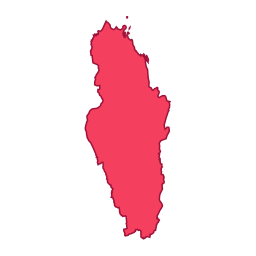 Khlong Thom, Krabi, Thailand, rotated 178°
{"feature_id": "78962969B45717742719747", "entity_name": "Khlong Thom", "entity_type": "district", "adm_level": 2, "iso_a3": "THA", "parent_name": "Thailand", "parent_adm1": "Krabi", "projection": "equal_earth", "projection_center": [99.206, 7.914], "detail": "fine", "context": "isolated", "style": "filled", "palette": "rose", "viewbox_px": 256, "rotation_deg": 178, "n_neighbors": 0, "source": "geoboundaries", "source_scale": "gbopen_adm2", "svg_char_len": 5869}
<svg xmlns="http://www.w3.org/2000/svg" viewBox="0 0 256 256"><g transform="rotate(178 128 128)"><path d="M115.0,17.2L114.9,17.6L114.0,18.4L113.5,18.3L112.8,19.0L110.1,18.1L110.1,18.8L109.6,19.3L109.7,21.0L108.3,21.0L106.9,21.8L106.0,22.7L105.8,23.5L105.3,24.7L104.1,24.7L102.9,29.7L103.0,30.3L102.4,30.9L102.1,32.0L101.0,32.6L100.8,33.9L100.3,34.1L99.9,34.8L100.5,35.8L102.1,36.2L102.2,36.7L101.7,36.7L101.5,37.1L102.0,37.9L101.9,39.3L101.0,40.6L99.2,44.3L97.7,46.4L96.3,48.9L96.4,49.8L97.3,52.1L98.5,53.5L99.2,55.5L98.7,59.6L98.3,60.9L95.6,66.0L95.9,66.7L95.8,68.1L96.0,70.1L95.7,70.8L95.3,70.8L95.1,71.5L94.1,71.7L93.7,72.4L94.3,75.6L93.9,76.3L94.0,76.6L93.8,77.3L94.0,77.5L93.8,78.5L94.3,79.1L94.4,79.9L95.6,80.2L95.7,80.6L96.4,80.8L96.0,83.3L96.5,84.2L96.2,85.1L96.3,86.2L96.1,86.3L95.7,87.5L95.1,87.9L95.5,88.5L95.5,90.7L96.0,90.6L97.0,91.8L97.0,92.8L96.8,93.2L97.4,93.9L97.0,94.5L97.0,94.9L97.4,94.8L98.0,95.4L97.6,96.1L97.1,96.0L97.1,96.5L97.6,97.1L98.0,98.2L97.4,100.4L98.2,101.0L98.3,101.4L97.1,102.0L96.4,103.7L97.3,105.5L97.0,109.0L97.3,111.5L96.6,112.8L95.3,114.4L90.3,116.0L89.3,119.1L86.9,123.2L87.0,126.6L87.3,127.2L88.0,127.5L89.0,127.3L90.9,125.5L91.5,127.3L91.7,129.9L89.4,137.2L87.4,142.6L86.5,144.1L87.1,144.7L85.9,146.9L85.5,149.8L85.9,151.9L85.5,152.4L85.8,152.5L85.3,153.0L87.5,153.5L88.2,153.9L89.2,157.8L89.6,158.6L90.3,159.0L92.4,159.1L95.7,157.4L96.5,157.6L97.1,159.1L96.0,161.1L95.6,162.9L95.8,163.8L97.2,165.0L96.8,166.8L97.1,167.4L97.7,167.5L98.6,166.8L99.9,166.4L101.4,165.0L102.0,164.9L102.5,165.1L103.3,167.1L105.6,168.5L105.7,169.3L105.3,173.0L106.1,177.3L106.4,185.6L107.7,188.8L108.3,192.8L108.1,195.7L108.4,195.7L109.5,198.8L110.3,199.1L110.7,200.5L111.4,200.7L113.0,199.9L114.9,201.2L115.6,202.5L117.4,204.6L117.3,205.0L118.2,205.6L118.8,207.0L118.6,207.4L118.9,208.7L120.2,211.1L120.5,215.0L121.0,216.2L121.4,216.3L121.6,215.9L122.1,215.7L123.3,216.3L124.7,217.8L125.0,219.8L126.2,220.9L126.9,220.7L127.8,218.6L128.7,219.0L128.5,219.8L129.3,220.8L129.6,221.9L129.6,222.9L128.7,225.8L127.8,226.7L126.9,227.2L126.4,228.4L126.5,229.7L127.7,230.6L128.9,230.4L129.6,229.5L129.5,228.8L129.7,228.0L131.8,226.3L134.8,227.3L135.5,228.8L136.2,229.5L137.0,228.1L138.2,227.1L138.9,226.9L141.2,228.0L142.1,229.5L142.4,231.7L144.2,233.8L145.0,234.5L145.7,234.5L146.2,235.5L149.7,228.4L151.0,226.5L152.2,225.6L154.2,226.2L154.6,226.0L154.7,225.4L154.2,224.1L154.6,222.5L155.1,222.5L155.7,223.2L156.1,222.9L156.0,222.1L156.2,221.7L156.9,222.5L157.2,221.6L157.6,221.8L157.6,222.3L158.1,222.8L158.3,222.3L159.0,222.1L158.5,221.8L158.5,221.3L159.0,221.0L159.1,219.8L159.5,219.6L160.1,218.7L160.1,217.7L161.0,216.9L161.4,217.1L161.5,216.5L161.3,216.1L161.7,215.9L161.5,215.5L161.8,215.3L161.5,213.9L162.1,213.1L161.5,211.8L161.5,211.3L161.2,211.1L161.0,209.7L161.4,209.3L161.3,208.6L161.7,208.1L161.7,207.6L162.2,207.3L162.4,206.4L162.7,206.4L162.8,206.0L162.4,204.1L162.7,203.5L162.2,202.4L162.3,201.9L161.9,201.9L161.2,201.5L161.1,200.9L161.4,200.0L161.1,199.2L160.9,195.5L160.6,194.3L156.6,192.5L155.3,191.4L155.6,189.0L155.1,187.9L155.1,186.2L157.0,183.2L157.6,182.8L158.1,181.3L159.3,179.6L158.7,178.2L159.6,175.2L159.8,172.4L157.8,171.4L156.5,171.2L154.8,171.5L154.8,168.1L155.3,167.6L156.7,167.6L157.0,165.2L155.8,164.0L155.1,161.7L153.9,160.7L152.9,158.1L152.2,157.4L152.0,156.3L152.2,155.4L153.0,154.1L154.0,153.4L154.9,150.9L158.0,148.9L163.4,148.2L165.0,146.9L165.8,146.0L166.9,143.5L168.2,142.1L168.7,141.1L168.2,137.0L169.0,135.5L170.5,130.6L170.7,128.3L169.7,125.5L169.6,123.2L168.9,119.1L168.1,118.1L167.8,116.9L165.8,114.6L164.0,110.6L161.3,103.8L160.8,101.4L160.1,100.8L160.6,99.7L159.5,99.3L159.8,97.8L159.3,96.7L159.8,94.8L159.2,93.0L159.3,92.5L158.7,92.5L158.5,92.9L157.8,93.2L156.8,93.3L155.2,94.5L154.5,94.6L154.1,93.8L154.2,92.4L154.0,91.4L154.4,90.3L154.3,88.5L153.5,87.5L153.0,85.6L151.8,83.9L151.7,82.1L151.4,81.7L150.8,79.9L150.8,79.0L151.2,77.8L150.1,76.9L150.5,75.9L150.2,74.3L149.3,73.0L148.0,72.1L148.0,71.7L146.8,71.2L147.1,70.1L146.9,69.2L146.0,68.6L145.9,68.2L145.4,68.1L145.1,67.5L145.6,67.0L146.1,65.7L146.4,65.6L146.1,64.5L146.5,64.4L146.3,64.0L146.8,63.5L146.8,63.0L146.5,62.6L146.7,61.7L146.4,61.0L147.2,59.3L145.6,59.0L145.5,58.4L145.2,58.0L145.2,57.2L144.5,56.1L144.8,54.6L144.5,54.0L144.0,53.5L144.3,52.6L144.1,52.3L144.1,51.0L142.9,49.5L142.3,49.6L140.9,48.6L139.8,48.9L139.6,48.2L139.2,45.2L139.4,44.6L139.1,44.1L139.0,42.9L138.8,42.3L137.7,41.3L137.7,40.8L137.0,40.7L136.3,39.8L135.2,40.2L134.4,40.0L133.8,40.3L133.0,39.6L132.6,33.5L133.1,32.7L132.7,30.9L132.7,29.6L132.3,28.1L132.6,27.7L134.3,27.0L135.5,27.1L135.8,26.5L135.7,25.2L134.7,22.5L135.0,21.4L134.9,20.8L134.4,20.3L131.6,20.8L130.5,22.0L128.4,22.3L125.2,23.7L124.9,24.3L124.2,24.5L124.2,25.4L123.9,25.7L123.8,26.2L122.4,25.9L122.0,26.3L121.1,25.3L119.6,25.5L118.9,24.8L118.6,23.4L118.9,21.7L118.7,20.4L118.9,19.2L118.7,18.5L117.9,18.1L117.6,17.5L117.1,17.3L116.5,17.6L116.4,16.8L115.0,17.2ZM106.6,199.1L107.3,197.8L107.4,196.5L106.6,194.2L105.8,193.2L106.0,194.9L105.4,196.0L105.7,197.2L106.6,199.1ZM125.4,222.2L125.2,221.8L123.6,222.3L124.1,223.5L124.8,223.7L125.4,222.2ZM108.1,199.3L108.4,197.8L107.9,196.4L107.7,198.0L108.1,199.3ZM128.1,223.2L128.7,222.5L128.5,221.4L128.1,222.1L128.1,223.2ZM105.4,195.9L105.9,195.0L105.6,194.0L105.2,194.8L105.2,195.4L105.4,195.9ZM125.3,239.1L125.4,238.2L125.2,238.0L124.9,238.1L124.6,238.6L124.7,239.2L125.3,239.1ZM127.5,223.4L127.7,222.9L127.6,222.2L127.2,223.1L127.5,223.4ZM107.5,199.1L107.3,198.4L106.9,199.2L107.3,199.6L107.5,199.1ZM122.7,228.3L123.1,227.9L123.2,227.2L122.9,227.5L122.7,228.3ZM112.9,201.0L113.1,200.5L112.8,200.0L112.7,200.8L112.9,201.0ZM128.0,221.7L128.2,221.2L128.1,220.8L127.9,221.3L128.0,221.7ZM109.5,201.1L109.5,200.5L109.2,200.2L109.2,200.8L109.5,201.1ZM129.1,221.3L129.0,220.8L128.7,220.5L128.8,221.0L129.1,221.3Z" fill="#f43f5e" stroke="#9f1239" stroke-width="1.5"/></g></svg>